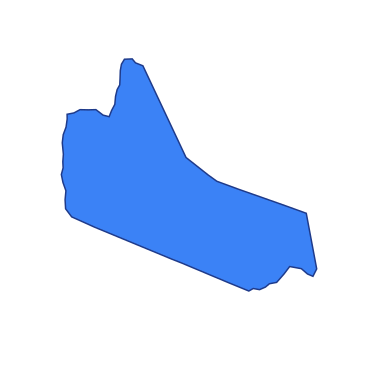 Joaquim Nabuco, Pernambuco, Brazil (Mercator projection), rotated 301°
{"feature_id": "56859067B87449360665449", "entity_name": "Joaquim Nabuco", "entity_type": "district", "adm_level": 2, "iso_a3": "BRA", "parent_name": "Brazil", "parent_adm1": "Pernambuco", "projection": "mercator", "projection_center": [-35.538, -8.57], "detail": "fine", "context": "isolated", "style": "filled", "palette": "blue", "viewbox_px": 384, "rotation_deg": 301, "n_neighbors": 0, "source": "geoboundaries", "source_scale": "gbopen_adm2", "svg_char_len": 799}
<svg xmlns="http://www.w3.org/2000/svg" viewBox="0 0 384 384"><g transform="rotate(301 192 192)"><path d="M274.9,84.9L273.6,77.0L275.3,72.2L271.0,65.7L265.2,65.7L259.2,68.0L252.0,72.0L246.6,74.9L241.2,75.1L234.6,77.2L227.4,80.7L220.4,81.1L213.9,82.2L212.1,76.2L213.1,67.2L209.0,60.8L204.9,53.6L198.9,50.0L194.3,44.9L190.3,47.4L182.8,50.6L174.8,52.1L167.3,55.5L158.1,62.3L151.4,65.7L146.3,69.1L139.7,71.0L133.7,76.5L128.1,83.3L120.0,87.2L112.5,92.3L108.7,101.7L111.7,126.8L124.1,209.7L125.8,219.7L132.9,268.9L136.4,291.7L140.8,294.2L143.1,300.2L148.3,303.9L153.2,305.6L158.1,311.1L169.1,313.1L178.4,314.1L182.6,325.2L181.2,333.2L182.0,339.1L190.3,338.5L232.6,300.9L228.4,279.5L218.1,229.3L214.0,207.8L214.9,197.1L218.5,169.1L274.9,84.9Z" fill="#3b82f6" stroke="#1e3a8a" stroke-width="1.5"/></g></svg>